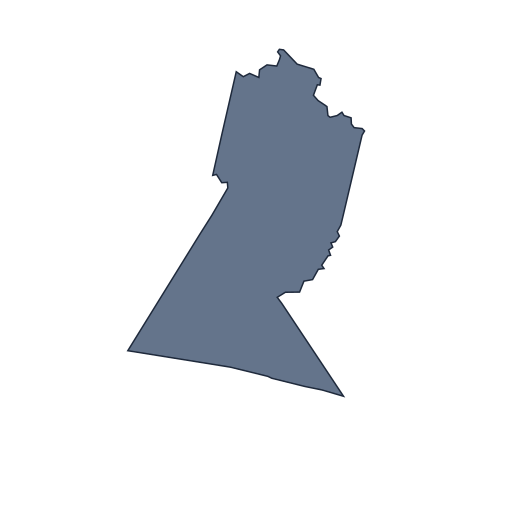 Stanislaus, California, United States of America, rotated 147°
{"feature_id": "52423323B60811948646652", "entity_name": "Stanislaus", "entity_type": "district", "adm_level": 2, "iso_a3": "USA", "parent_name": "United States of America", "parent_adm1": "California", "projection": "robinson", "projection_center": [-121.179, 37.606], "detail": "fine", "context": "isolated", "style": "filled", "palette": "slate", "viewbox_px": 512, "rotation_deg": 147, "n_neighbors": 0, "source": "geoboundaries", "source_scale": "gbopen_adm2", "svg_char_len": 972}
<svg xmlns="http://www.w3.org/2000/svg" viewBox="0 0 512 512"><g transform="rotate(147 256 256)"><path d="M338.1,176.8L311.6,148.6L309.3,144.8L286.1,120.0L273.6,107.7L259.0,90.7L260.2,202.2L260.7,209.8L251.1,209.6L239.1,202.0L229.5,208.8L221.4,205.4L211.0,210.9L205.8,208.4L205.9,212.5L195.5,216.9L193.1,216.0L191.8,221.5L186.8,221.7L186.0,226.2L181.6,224.8L175.2,227.3L174.6,232.2L168.0,235.7L159.8,243.5L101.2,299.6L96.9,301.7L97.6,305.1L103.8,310.2L104.1,314.7L101.0,320.1L105.7,325.9L105.6,329.8L111.5,329.6L118.3,332.0L119.2,334.6L115.1,342.7L119.3,352.6L120.3,359.5L111.3,366.2L109.3,364.5L104.8,369.4L106.3,371.6L105.8,381.1L117.0,394.5L120.6,413.8L123.8,416.6L126.7,415.4L126.4,410.5L129.4,407.9L135.1,404.0L142.7,410.3L151.6,410.2L156.4,404.2L161.9,412.6L169.0,413.3L172.2,421.3L218.7,376.3L248.4,347.2L244.7,345.9L244.8,336.1L239.9,333.4L242.6,328.4L270.8,314.2L291.3,304.8L415.1,246.4L338.1,176.8Z" fill="#64748b" stroke="#1e293b" stroke-width="1.5"/></g></svg>